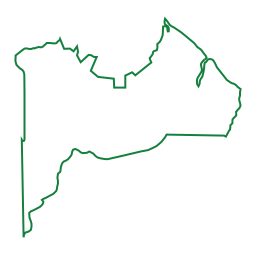 Kinabatangan, Sabah, Malaysia
{"feature_id": "92858781B11608738367966", "entity_name": "Kinabatangan", "entity_type": "district", "adm_level": 2, "iso_a3": "MYS", "parent_name": "Malaysia", "parent_adm1": "Sabah", "projection": "equal_earth", "projection_center": [118.123, 5.328], "detail": "fine", "context": "isolated", "style": "outline", "palette": "green", "viewbox_px": 256, "rotation_deg": 0, "n_neighbors": 0, "source": "geoboundaries", "source_scale": "gbopen_adm2", "svg_char_len": 2703}
<svg xmlns="http://www.w3.org/2000/svg" viewBox="0 0 256 256"><path d="M240.0,92.3L240.6,89.1L237.7,87.0L236.6,85.7L236.0,85.1L233.7,83.6L232.3,83.4L230.6,82.5L226.9,80.0L221.5,73.1L216.9,67.3L216.2,65.7L214.5,62.3L213.1,60.2L211.9,59.4L209.3,59.0L208.1,59.4L207.1,60.7L205.9,62.2L204.8,62.5L204.3,65.0L204.2,67.5L203.5,71.8L202.4,76.4L201.8,77.5L200.6,79.1L199.7,81.5L199.7,83.5L198.5,86.3L197.9,85.4L197.1,83.9L197.0,82.2L196.9,80.6L197.2,79.0L198.0,77.2L199.1,75.6L199.9,74.2L201.1,72.3L201.8,70.7L201.8,68.6L201.2,66.3L200.9,64.2L201.7,62.6L202.8,61.2L203.9,60.0L205.8,58.8L206.6,57.7L205.8,55.9L204.7,54.5L203.4,52.9L202.2,51.1L200.8,49.5L199.6,48.6L197.5,47.2L194.2,43.1L181.3,32.4L173.7,27.3L171.6,26.3L169.8,24.9L168.6,23.3L167.2,21.2L165.1,18.7L164.6,20.9L164.6,22.7L164.9,24.1L166.4,25.4L167.5,26.0L168.7,27.8L168.8,29.4L168.7,31.3L167.8,31.4L167.5,30.3L167.4,28.7L167.1,27.3L166.3,26.5L165.2,26.2L163.1,26.5L162.7,35.1L160.9,40.0L159.7,41.9L157.3,44.1L157.4,47.6L156.8,50.2L154.0,51.1L153.2,51.8L152.6,54.3L150.9,56.7L149.7,58.1L150.1,59.7L151.3,62.5L135.3,75.3L132.1,72.3L125.3,75.6L125.3,87.6L114.2,87.6L113.8,78.7L98.1,76.9L90.8,70.8L96.7,57.0L94.2,57.0L92.6,56.2L91.5,55.3L88.6,54.9L80.7,62.2L77.0,55.3L78.0,52.0L77.7,49.9L77.0,46.4L73.6,51.3L69.9,48.6L64.1,48.8L60.1,39.0L59.9,39.7L59.1,40.4L57.8,41.5L56.5,43.0L55.5,43.3L54.3,43.4L53.4,43.4L52.7,43.3L50.9,43.1L49.4,43.0L48.4,43.0L46.8,43.0L45.2,44.5L43.4,46.1L42.6,46.8L41.5,47.3L40.1,47.2L38.8,47.0L36.6,47.6L34.4,48.4L33.7,48.1L31.5,48.9L29.6,49.0L26.5,48.4L24.5,48.6L21.4,50.9L15.6,55.5L15.6,57.5L15.4,60.9L16.4,64.8L17.9,66.4L19.7,68.2L22.2,69.8L23.5,71.4L24.3,74.3L24.5,92.9L24.5,139.5L24.0,140.8L22.6,141.0L21.8,139.7L23.6,237.3L24.1,234.4L25.5,232.5L28.6,231.6L30.9,229.8L31.5,226.8L31.5,223.8L30.7,220.8L29.5,217.7L29.2,212.9L31.0,211.3L33.0,210.5L39.9,206.9L42.0,205.0L43.1,203.2L43.3,201.6L41.9,199.9L43.3,198.9L45.6,198.0L49.6,195.8L51.6,194.8L53.6,193.6L56.2,191.0L56.9,189.1L57.3,186.1L58.0,183.4L57.9,180.4L57.4,177.8L58.0,173.7L60.3,171.7L60.9,166.9L62.2,163.2L63.8,161.5L65.9,160.6L68.0,159.3L70.2,156.8L71.6,154.6L72.2,151.5L73.2,149.6L75.2,149.0L76.8,149.6L79.0,150.8L80.8,152.4L82.7,153.1L86.8,152.8L89.4,151.5L93.3,153.6L95.4,155.9L97.6,157.5L100.8,158.4L105.2,159.1L108.1,159.1L111.9,158.2L121.2,156.1L141.1,151.4L148.1,150.1L153.3,147.7L156.6,146.0L161.4,141.9L163.4,139.4L165.0,137.4L166.6,134.6L224.0,135.6L225.9,136.6L227.8,133.1L228.8,131.1L230.0,129.5L230.3,127.4L230.4,125.2L232.4,123.3L232.4,121.2L232.6,119.3L234.2,117.5L235.5,116.3L236.3,115.2L236.1,111.8L237.9,109.6L239.3,108.3L240.5,105.7L240.1,103.2L239.5,101.3L239.1,98.7L240.0,95.6L240.0,92.3Z" fill="none" stroke="#15803d" stroke-width="2"/></svg>